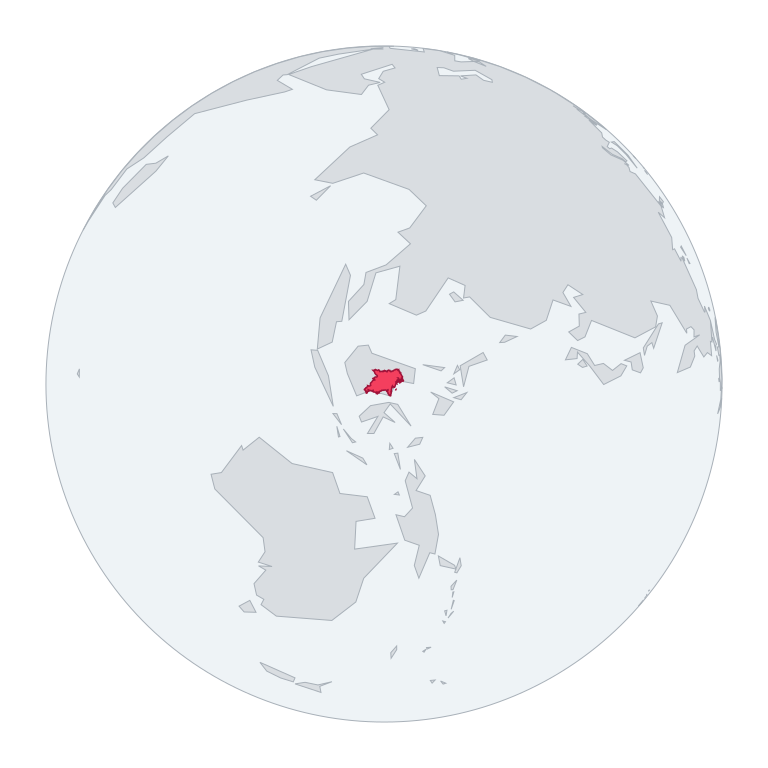 Kalimantan Timur on an orthographic globe, rotated 60°
{"feature_id": "IDN-1185", "entity_name": "Kalimantan Timur", "entity_type": "Province", "adm_level": 1, "iso_a3": "IDN", "parent_name": "Indonesia", "parent_adm1": "", "projection": "orthographic", "projection_center": [116.728, 1.017], "detail": "fine", "context": "on_globe", "style": "filled", "palette": "rose", "viewbox_px": 768, "rotation_deg": 60, "n_neighbors": 0, "source": "natural_earth", "source_scale": "10m", "svg_char_len": 13056}
<svg xmlns="http://www.w3.org/2000/svg" viewBox="0 0 768 768"><g transform="rotate(60 384 384)"><circle cx="384" cy="384" r="338" fill="#eef3f6" stroke="#a8b0b8"/><path d="M674.0,480.1L673.6,482.5L673.3,482.9L674.0,480.1ZM556.9,93.6L557.2,93.8L555.4,92.8L556.9,93.6ZM548.7,88.9L572.2,104.2L576.7,110.0L564.7,99.1L558.1,94.8L557.7,95.9L550.8,91.9L546.7,90.5L538.5,86.1L532.1,81.3L526.7,78.7L526.7,79.7L518.6,76.8L519.3,75.4L505.2,70.5L491.8,64.0L494.5,64.7L522.1,75.6L548.7,88.9ZM703.4,274.7L700.7,267.2L702.4,271.3L703.4,274.7ZM698.9,263.2L699.9,265.6L699.1,263.7L698.9,263.2ZM698.3,262.1L698.7,262.9L698.3,262.1ZM697.7,261.7L697.9,261.6L698.0,261.9L697.7,261.7ZM695.7,258.7L695.1,257.7L695.1,256.8L695.7,258.7ZM565.7,99.2L565.1,98.7L568.0,100.7L565.7,99.2ZM547.6,91.2L549.9,92.8L546.8,91.5L547.6,91.2ZM531.4,83.8L525.6,81.7L530.4,82.9L531.4,83.8ZM521.5,80.0L507.6,76.1L511.6,79.0L492.3,69.6L510.6,75.4L515.8,76.1L516.6,77.5L521.5,80.0ZM483.9,65.6L479.6,64.3L482.9,64.8L483.9,65.6ZM96.5,206.5L94.2,210.8L96.4,210.8L116.6,183.1L113.0,182.4L123.1,169.2L134.7,158.4L139.5,161.1L143.6,156.2L149.7,144.8L160.0,136.7L152.8,140.4L148.9,145.3L144.3,148.3L147.6,144.2L151.1,141.1L152.3,138.9L135.2,155.5L129.3,162.3L127.9,163.5L146.8,143.3L167.2,124.8L189.2,107.9L212.4,92.9L215.3,91.4L217.5,90.0L239.9,78.4L241.8,77.5L244.9,76.0L271.9,65.2L275.1,64.2L258.5,72.5L249.4,75.8L250.8,74.1L237.5,81.2L244.3,77.9L242.3,79.6L253.9,74.8L253.1,75.9L265.8,70.1L266.0,70.9L257.9,74.6L275.4,69.9L279.4,71.3L283.8,69.9L287.3,68.0L290.0,72.0L293.1,70.9L293.4,69.0L299.8,65.7L312.2,62.0L312.4,63.6L308.0,65.1L299.1,71.5L287.3,76.3L288.6,76.7L299.0,73.0L309.8,65.1L317.2,62.5L313.3,65.7L315.3,64.3L319.0,63.6L323.0,64.7L327.8,61.2L368.6,55.1L380.3,57.9L372.3,60.6L401.0,61.6L412.0,66.9L412.2,64.8L426.2,65.4L422.9,63.6L424.1,62.8L458.5,66.3L466.8,69.2L481.9,70.5L482.0,69.8L476.7,67.5L492.3,69.6L511.6,79.0L510.3,80.0L523.3,86.1L518.5,88.2L520.5,93.5L507.7,93.8L510.4,98.9L515.2,100.9L522.5,110.2L520.8,124.3L501.0,103.9L499.3,86.0L498.2,92.0L492.1,88.4L487.8,89.5L487.6,94.5L491.5,96.4L458.8,97.1L445.6,111.4L461.8,113.2L470.3,120.2L469.5,143.6L432.7,172.5L443.7,186.4L443.2,194.6L431.3,198.0L431.5,185.9L420.9,180.2L422.9,173.4L403.8,176.5L405.9,167.1L390.0,175.1L394.2,183.3L410.3,183.3L395.7,195.6L410.0,211.6L409.7,229.5L379.4,258.7L351.4,266.3L349.3,272.1L339.2,264.5L324.2,275.4L341.7,311.3L340.6,321.5L317.0,339.3L316.8,331.6L289.9,311.3L283.7,335.4L304.0,357.3L310.9,382.2L294.7,373.5L287.8,351.7L278.4,343.8L281.9,322.6L275.8,291.0L259.5,296.0L261.7,283.7L250.8,258.3L228.0,265.0L191.1,296.1L184.6,328.0L172.5,341.8L161.7,295.1L165.0,265.0L155.9,267.5L149.0,242.4L122.2,240.0L123.0,232.5L116.9,235.9L112.8,228.3L115.8,216.4L111.2,217.1L104.4,248.8L109.9,248.4L120.9,236.5L117.5,248.0L122.0,258.8L100.5,286.7L68.3,311.8L72.9,288.1L88.6,225.8L92.5,219.1L92.9,218.4L93.6,217.0L87.0,227.9L92.4,216.3L75.6,258.4L69.4,277.2L67.7,313.2L65.9,316.9L67.7,324.6L83.0,316.0L81.4,324.0L69.4,361.3L55.2,412.8L61.5,448.5L68.1,479.0L69.2,499.2L79.2,522.9L81.2,531.2L88.0,544.7L95.3,559.0L100.4,567.7L88.2,547.3L77.4,526.0L68.1,504.1L60.5,481.5L54.4,458.5L50.0,435.1L47.2,411.5L46.1,387.7L46.7,363.9L48.9,340.2L52.9,316.7L58.4,293.5L65.6,270.8L74.4,248.7L84.7,227.2L96.5,206.5ZM136.5,179.7L144.6,181.9L154.7,164.9L158.7,164.7L160.7,159.4L155.4,163.7L162.3,149.8L170.8,145.9L176.9,139.3L174.4,138.4L157.9,148.2L147.8,167.5L140.1,174.0L136.5,179.7ZM112.1,187.6L107.4,192.8L108.8,190.2L110.1,188.9L112.1,187.6ZM107.4,189.9L107.2,190.1L107.3,190.0L107.4,189.9ZM314.9,53.2L312.9,53.7L310.7,54.1L312.0,53.8L314.9,53.2ZM327.7,50.8L325.7,51.2L327.2,50.9L327.7,50.8ZM218.6,640.2L225.6,644.4L221.9,644.6L218.6,640.2ZM85.6,475.1L96.8,528.4L91.6,528.3L83.8,512.5L74.9,480.1L78.7,471.2L78.6,456.7L85.6,475.1ZM397.0,446.0L407.5,448.4L407.1,449.9L397.0,446.0ZM386.1,439.6L398.0,441.1L384.1,443.0L386.1,439.6ZM402.6,441.7L414.8,439.6L420.0,437.5L419.1,440.7L402.6,441.7ZM378.0,439.1L334.8,435.5L317.9,430.1L321.7,424.6L349.1,428.0L378.0,439.1ZM320.4,424.3L294.8,406.3L261.1,357.3L273.1,358.7L308.6,389.2L306.3,394.0L321.8,407.9L320.4,424.3ZM383.0,398.8L380.6,413.6L356.6,410.5L345.8,407.2L338.3,387.5L342.5,378.1L351.3,379.1L386.4,349.2L398.4,358.1L387.4,370.9L397.4,384.7L383.0,398.8ZM185.6,331.1L191.0,350.7L184.7,353.7L185.6,331.1ZM401.2,328.0L386.6,340.8L400.1,323.3L401.2,328.0ZM409.5,311.3L410.1,318.4L404.6,311.1L409.5,311.3ZM348.4,281.4L339.0,282.4L339.1,277.6L351.1,273.6L348.4,281.4ZM409.4,245.0L408.2,258.6L406.0,263.1L402.3,254.5L409.4,245.0ZM323.7,56.8L306.3,59.6L294.2,62.9L288.2,66.1L289.2,63.4L307.8,58.3L323.7,56.8ZM363.0,54.8L368.2,53.0L371.0,53.8L370.2,54.3L363.0,54.8ZM362.6,53.7L359.6,51.8L365.8,50.9L366.9,52.5L362.6,53.7ZM334.4,51.0L329.2,51.6L331.5,51.0L334.4,51.0ZM594.0,608.0L596.6,611.5L586.9,620.5L574.0,629.1L563.0,630.6L594.0,608.0ZM503.9,620.6L504.3,608.4L517.7,609.0L511.5,619.1L503.9,620.6ZM602.9,601.5L611.6,591.7L615.8,577.9L613.7,590.8L619.6,592.8L599.2,611.0L602.9,601.5ZM456.6,565.5L390.3,583.0L375.7,578.9L379.4,569.1L366.1,538.1L370.8,539.1L367.7,518.7L406.9,503.4L435.0,472.8L456.8,476.9L473.3,454.9L495.8,458.9L489.0,476.9L512.3,492.0L528.5,451.9L542.1,498.7L558.7,517.4L562.7,547.4L531.2,593.3L513.6,600.8L510.4,595.7L503.1,599.9L491.9,596.4L486.1,579.4L478.8,583.6L486.1,572.2L475.4,581.9L469.8,570.9L456.6,565.5ZM617.2,504.0L620.4,505.8L625.1,515.0L620.1,512.5L617.2,504.0ZM665.9,487.7L667.1,491.9L663.9,492.1L665.9,487.7ZM673.3,482.9L669.5,483.5L674.0,480.1L673.3,482.9ZM634.7,480.2L636.3,483.4L634.9,484.1L634.7,480.2ZM633.5,479.0L635.5,474.8L635.1,479.3L633.5,479.0ZM618.6,451.6L620.6,449.6L621.4,451.6L618.6,451.6ZM423.0,449.9L437.6,439.4L445.5,439.2L423.0,449.9ZM615.8,446.2L610.8,444.9L611.4,442.6L615.8,446.2ZM616.2,440.6L615.6,437.2L618.7,445.6L616.2,440.6ZM606.7,431.5L612.7,438.5L606.0,432.1L606.7,431.5ZM603.0,431.7L598.6,428.4L598.9,427.4L603.0,431.7ZM553.0,428.7L569.6,450.9L556.3,448.5L541.3,434.1L529.7,444.1L503.2,439.0L509.2,432.6L505.7,421.3L478.4,414.0L472.8,406.4L482.5,402.8L464.5,395.4L484.2,394.3L492.3,409.5L503.5,399.7L522.8,404.8L541.5,412.0L556.7,424.9L553.0,428.7ZM484.4,425.8L487.8,426.2L484.8,430.2L484.4,425.8ZM590.2,419.0L596.6,427.1L595.8,428.7L592.7,427.1L590.2,419.0ZM560.1,422.9L576.4,413.5L580.2,414.3L569.4,426.1L560.1,422.9ZM572.4,405.1L580.0,408.0L584.0,415.3L582.4,416.9L572.4,405.1ZM444.2,408.3L443.4,412.2L438.3,408.6L444.2,408.3ZM450.8,406.6L466.2,412.5L449.4,409.9L450.8,406.6ZM404.4,388.6L408.8,398.3L422.9,393.6L412.1,401.2L421.8,417.5L418.6,423.1L409.0,405.5L405.7,422.5L399.5,421.6L396.0,406.5L402.3,389.1L408.5,382.3L434.0,381.6L404.4,388.6ZM450.6,395.2L446.6,383.9L449.6,377.1L454.0,383.2L450.6,395.2ZM434.7,357.0L424.1,343.8L414.3,347.6L434.3,332.6L441.1,347.6L434.7,357.0ZM426.0,329.6L416.8,332.9L426.4,324.0L426.0,329.6ZM414.6,328.6L413.7,320.2L420.9,322.0L414.6,328.6ZM430.7,330.4L432.8,316.5L436.2,325.1L430.7,330.4ZM411.2,301.6L426.2,316.5L406.3,308.9L406.3,282.4L414.8,282.6L411.2,301.6ZM463.7,206.3L462.1,199.5L470.0,199.1L468.9,203.8L463.7,206.3ZM494.3,194.0L471.6,196.8L453.1,200.5L458.5,204.1L453.8,214.8L446.0,203.4L459.4,192.8L473.3,192.3L475.9,183.7L486.5,179.3L484.9,168.5L489.7,164.7L495.4,174.8L494.3,194.0ZM483.7,163.9L484.9,146.6L499.6,151.4L502.6,156.3L495.9,161.9L488.5,159.0L483.7,163.9ZM489.5,144.1L482.4,141.4L469.2,116.3L470.1,112.5L487.9,132.6L482.1,131.3L482.8,137.1L489.5,144.1ZM480.6,65.3L479.7,64.4L483.1,65.7L480.6,65.3ZM422.0,61.8L424.2,61.0L428.1,62.1L422.0,61.8ZM432.4,59.5L426.4,58.7L432.6,58.8L432.4,59.5ZM413.1,57.6L424.0,58.1L413.8,58.7L413.1,57.6Z" fill="#d9dde1" stroke="#a8b0b8" stroke-width="1"/><path d="M382.8,364.1L383.1,364.5L383.3,364.4L383.5,364.4L383.9,364.3L384.5,364.5L384.9,364.4L385.5,364.5L386.6,364.5L386.7,364.3L386.9,364.3L387.2,364.6L387.7,364.9L388.2,365.3L388.8,365.4L388.9,365.5L388.7,365.7L387.8,365.4L388.0,365.7L387.9,365.8L388.3,365.9L388.4,366.0L388.7,366.1L389.2,366.7L389.6,366.8L389.4,367.0L389.0,366.8L388.7,366.8L389.0,366.9L389.3,367.2L389.6,367.1L389.8,367.2L390.2,367.7L389.7,367.7L389.9,367.9L390.4,368.0L390.5,368.1L390.0,368.6L389.3,368.6L388.8,368.4L388.6,367.8L388.4,367.6L388.5,368.1L388.7,368.5L388.1,368.6L386.1,368.5L385.9,368.6L385.8,368.8L386.1,368.7L386.8,368.7L386.9,368.8L386.8,369.0L387.0,369.4L387.4,369.5L387.5,369.7L387.8,369.7L388.2,369.7L388.2,370.1L387.8,370.5L387.7,370.9L387.2,370.7L387.2,370.8L387.7,371.2L388.3,371.3L388.3,371.6L388.9,371.7L389.2,371.8L389.3,372.1L388.9,372.4L389.1,372.4L389.5,372.3L389.6,372.5L388.8,372.8L389.9,372.9L389.3,373.3L389.6,373.5L390.0,373.6L390.3,374.3L390.5,374.6L391.4,375.4L391.7,376.1L391.8,376.0L392.0,376.2L392.1,376.6L391.8,376.9L391.2,377.1L391.0,377.6L390.5,377.6L390.9,377.9L390.5,378.0L390.0,377.9L390.0,378.0L390.4,378.1L390.6,378.3L390.8,378.3L390.7,378.6L390.7,378.8L390.9,378.9L391.1,379.3L391.6,379.5L391.8,379.5L392.2,380.2L392.6,380.4L393.1,380.8L393.6,381.0L394.0,381.2L393.9,381.4L394.1,381.5L394.2,381.8L394.3,381.7L394.6,381.9L395.1,382.0L395.5,382.4L395.9,382.7L396.1,383.0L396.3,383.3L396.6,383.8L396.9,383.6L397.3,383.8L397.4,384.1L397.5,384.2L397.1,384.6L396.6,384.9L396.5,385.1L396.2,385.2L395.4,385.0L394.8,385.3L394.3,385.1L394.0,385.0L393.8,385.2L393.4,384.9L392.6,384.8L392.1,384.6L391.8,384.4L391.4,383.6L391.1,383.4L390.9,383.4L390.9,383.6L391.4,384.2L391.4,384.5L391.6,384.8L391.7,385.3L391.4,385.3L391.2,385.1L390.9,385.1L390.4,385.2L390.0,385.6L389.8,386.2L389.3,387.0L389.2,387.2L389.3,387.4L389.0,387.7L388.7,388.3L388.7,388.7L388.4,389.0L388.5,389.1L388.4,389.4L388.4,389.7L388.5,389.7L388.5,389.8L388.7,390.2L388.5,390.5L388.3,391.2L388.2,391.4L388.2,391.7L388.4,391.9L388.5,392.0L388.5,392.3L388.3,392.5L388.2,393.1L389.1,392.5L389.3,392.5L389.2,392.8L388.9,392.9L388.9,393.0L389.1,393.1L389.1,393.4L389.0,393.5L388.7,393.6L389.0,393.7L389.0,393.8L388.8,394.0L388.5,394.1L389.2,394.3L389.3,394.5L388.9,394.7L388.8,394.8L388.5,394.7L388.5,394.9L388.3,394.8L388.2,395.2L387.8,394.9L387.8,395.2L387.6,395.3L387.5,395.0L387.3,394.8L387.1,395.4L386.6,395.8L386.0,396.6L385.8,396.7L385.7,397.1L385.4,397.3L384.5,397.4L384.5,397.2L384.4,397.2L384.4,396.8L384.1,396.5L384.2,396.0L384.0,396.3L383.9,396.6L384.2,397.0L384.4,397.3L384.2,397.7L384.2,398.0L383.1,398.5L382.9,398.7L382.9,399.0L383.0,399.3L382.9,399.6L381.6,400.0L381.0,400.5L381.4,400.6L381.7,400.5L381.9,400.5L381.9,400.4L382.3,400.5L382.1,400.9L382.5,401.2L382.4,401.5L382.4,402.0L382.2,402.2L381.7,402.4L381.4,402.8L381.9,402.6L382.0,402.7L382.0,402.9L382.1,403.0L382.8,402.8L382.9,403.0L383.2,402.9L383.3,403.1L383.1,403.9L382.0,403.6L380.0,403.5L379.7,403.4L379.3,403.6L379.2,403.8L378.8,403.7L378.6,402.9L378.7,402.1L378.3,401.9L378.2,401.6L378.2,400.5L377.9,399.6L377.7,399.4L377.6,399.0L377.2,398.9L377.6,398.5L378.1,398.4L378.5,397.6L378.6,397.1L378.6,396.4L378.2,396.5L377.7,395.9L376.9,395.6L376.5,395.2L376.5,394.9L376.3,394.6L376.1,393.5L375.7,392.8L375.4,391.8L375.5,391.1L375.7,390.6L375.9,389.9L375.4,389.8L375.1,389.8L374.3,390.7L374.0,390.8L373.8,391.0L373.7,391.0L373.6,390.4L373.9,389.6L373.7,389.0L373.5,388.2L374.0,387.2L374.2,386.9L374.3,386.8L374.2,386.2L374.0,385.9L373.7,385.7L373.2,385.6L373.0,385.8L372.3,386.0L371.8,386.3L370.1,386.5L369.4,386.4L369.0,386.2L368.2,386.2L367.7,386.4L366.6,386.7L366.8,386.3L367.0,386.2L367.4,385.8L367.6,384.9L367.6,384.7L367.1,384.7L367.1,384.2L367.3,384.1L368.0,383.6L369.1,382.8L369.2,382.5L369.1,382.1L369.1,381.5L370.1,381.1L370.4,381.2L370.9,381.5L371.1,381.5L371.3,381.3L371.2,380.9L371.6,380.6L371.9,380.0L371.9,379.1L372.0,379.0L372.4,379.0L372.8,378.8L372.9,378.0L372.5,378.0L372.4,377.4L372.5,376.7L373.3,376.5L373.4,376.1L373.7,376.1L374.2,375.7L374.4,375.5L375.0,375.3L375.0,375.2L374.7,374.7L374.2,374.7L374.2,374.2L374.4,373.9L374.4,373.7L374.2,373.3L374.4,373.1L374.5,372.8L375.1,372.4L375.3,372.1L375.7,372.4L376.6,372.1L376.7,371.7L376.9,371.4L376.7,371.2L376.9,370.2L377.1,369.8L377.3,369.8L377.0,368.6L377.1,368.1L377.3,367.4L377.0,367.0L377.0,366.9L377.3,366.7L377.4,366.4L377.6,365.4L378.1,365.0L378.4,365.1L378.4,364.9L378.6,364.8L378.7,364.4L378.8,364.1L379.0,364.3L379.6,364.5L379.8,364.8L380.4,364.4L380.5,364.2L381.1,364.3L381.5,364.2L381.7,364.3L381.8,364.3L382.0,364.7L382.3,364.5L382.5,364.6L382.6,364.4L382.8,364.1ZM388.6,369.5L387.8,369.4L387.2,369.4L387.0,369.2L386.9,369.0L387.2,368.8L387.4,368.9L387.9,369.0L388.2,369.2L388.6,369.3L388.6,369.5ZM388.9,369.7L389.6,369.8L389.6,370.0L389.5,370.4L389.5,370.7L389.4,370.9L389.3,370.6L388.9,370.3L388.7,369.9L388.8,369.8L388.9,369.7ZM389.7,365.5L390.9,365.5L391.1,366.1L390.8,366.2L390.5,366.2L389.7,365.5ZM389.5,365.5L390.0,365.9L390.0,366.1L389.8,366.5L389.5,366.5L389.3,366.3L389.1,366.0L389.2,365.8L389.5,365.5ZM390.9,369.4L390.9,369.6L390.5,369.4L390.2,369.1L390.2,368.9L390.3,368.8L390.6,368.9L390.9,369.4ZM388.4,370.3L388.7,370.4L388.7,370.6L388.3,370.6L388.2,370.7L388.2,370.3L388.4,370.3ZM390.6,367.6L390.2,367.5L389.9,367.2L390.1,367.2L390.4,367.3L390.6,367.4L390.6,367.6ZM395.0,376.8L395.4,377.1L395.1,377.0L394.9,376.8L394.8,376.4L395.2,376.6L394.9,376.5L395.0,376.8Z" fill="#f43f5e" stroke="#9f1239" stroke-width="1.5"/></g></svg>